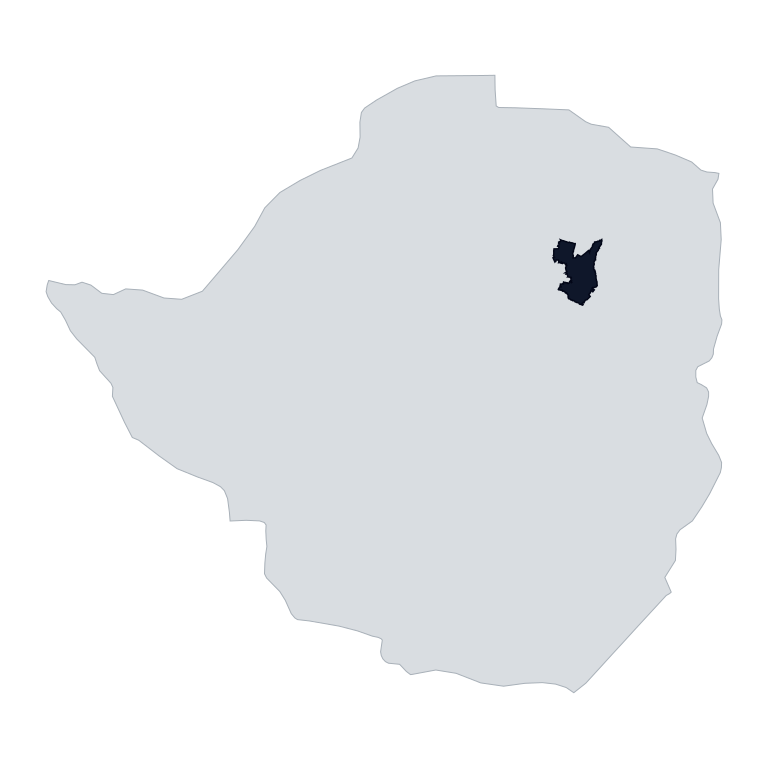 Goromonzi, Mashonaland East, Zimbabwe (highlighted)
{"feature_id": "62879985B13905566839040", "entity_name": "Goromonzi", "entity_type": "district", "adm_level": 2, "iso_a3": "ZWE", "parent_name": "Zimbabwe", "parent_adm1": "Mashonaland East", "projection": "albers", "projection_center": [31.401, -17.8], "detail": "fine", "context": "in_parent", "style": "filled", "palette": "ink", "viewbox_px": 768, "rotation_deg": 0, "n_neighbors": 0, "source": "geoboundaries", "source_scale": "gbopen_adm2", "svg_char_len": 7802}
<svg xmlns="http://www.w3.org/2000/svg" viewBox="0 0 768 768"><path d="M573.8,692.7L566.1,687.5L555.6,684.1L542.3,682.6L524.9,683.3L503.6,686.2L480.7,682.9L456.1,673.3L435.8,670.0L411.6,674.5L410.5,674.6L406.3,671.4L399.6,664.3L388.5,663.2L385.4,661.6L382.9,658.9L381.3,655.6L380.6,651.8L382.3,640.1L381.2,638.8L378.3,637.4L372.2,636.1L357.5,630.9L339.0,626.1L309.1,620.9L297.5,619.6L294.8,617.9L291.3,613.7L285.3,600.3L279.8,591.5L266.6,578.0L264.5,573.8L264.9,562.9L265.7,554.1L266.9,546.5L266.2,539.6L265.8,530.9L266.1,525.0L264.3,522.5L259.6,520.9L246.2,520.3L230.1,521.0L229.4,512.2L227.6,498.6L224.4,490.7L220.5,486.7L213.0,482.6L197.8,477.1L177.1,468.7L159.2,456.0L138.7,440.2L132.3,437.5L124.5,422.3L112.4,396.3L112.9,387.5L111.0,383.3L99.6,370.7L97.0,364.0L94.8,357.3L76.7,338.9L70.4,330.8L65.5,320.3L60.7,312.0L56.7,308.7L51.5,303.0L47.8,296.6L46.1,291.7L47.2,285.0L48.7,280.5L65.7,284.6L74.9,284.8L82.0,282.2L90.9,285.1L101.8,293.3L113.4,294.6L125.7,288.9L142.6,290.1L164.0,298.0L181.7,299.3L202.4,291.2L220.7,269.8L237.9,249.6L254.7,226.4L264.8,207.8L279.9,192.5L300.0,180.5L320.5,170.4L351.9,158.0L358.1,148.0L360.1,137.2L359.9,122.2L361.4,112.5L364.6,108.1L369.9,104.5L376.6,100.0L397.4,88.3L414.8,80.9L436.1,75.9L459.5,75.7L482.1,75.5L494.9,75.3L495.1,89.8L496.2,106.0L498.7,107.5L515.6,107.8L542.8,108.8L568.9,109.9L585.6,121.7L591.2,124.2L608.6,127.3L630.7,147.0L657.3,148.9L675.6,155.1L691.7,162.0L700.9,170.1L706.9,172.0L715.0,172.6L718.9,173.4L718.0,179.2L712.5,189.0L713.1,203.1L720.4,222.7L721.2,239.7L718.7,269.7L718.6,298.7L719.3,309.1L720.4,316.0L721.9,319.8L721.6,324.0L717.1,336.2L713.5,349.0L713.3,354.1L711.9,357.7L709.3,360.9L697.8,366.7L695.8,370.4L695.8,377.0L697.2,382.6L701.5,384.7L706.6,387.9L708.6,392.0L708.6,396.4L706.9,404.6L702.2,418.0L706.7,433.5L711.7,443.6L718.7,455.3L721.6,462.5L721.4,467.6L720.3,472.6L709.6,493.8L701.8,506.9L692.4,520.9L680.1,529.7L676.9,534.0L675.6,538.8L676.0,549.4L675.4,560.5L664.8,577.4L671.2,592.1L669.7,593.5L666.2,595.5L651.1,611.9L635.8,628.5L624.7,640.7L612.0,654.5L597.9,670.0L585.8,683.2L573.8,692.7Z" fill="#d9dde1" stroke="#a8b0b8" stroke-width="1"/><path d="M560.5,239.8L560.6,240.0L561.0,240.1L561.1,240.3L561.1,240.5L560.7,240.9L560.5,241.3L560.2,241.7L559.8,241.8L559.5,241.7L559.4,242.0L558.8,242.1L558.9,242.4L558.7,242.5L558.6,242.8L558.9,242.9L558.8,243.3L559.2,243.3L559.3,243.5L559.3,243.8L559.4,244.2L558.7,245.0L557.9,245.4L558.0,245.7L558.2,245.9L558.3,246.0L558.2,246.1L557.9,246.4L558.6,246.6L559.0,247.2L559.0,247.4L558.6,248.2L558.5,248.8L554.0,248.9L553.7,251.1L553.8,251.8L553.8,253.3L553.7,254.5L553.6,255.2L553.6,255.5L553.0,255.2L554.4,257.2L553.0,257.8L554.9,262.0L555.4,261.4L555.8,261.4L555.9,260.7L556.2,260.0L557.3,260.0L558.5,260.2L558.6,260.4L558.7,261.1L558.8,261.4L558.6,262.6L559.1,262.4L560.6,262.5L560.6,262.8L560.5,263.0L561.4,263.2L561.4,262.8L561.2,262.6L561.2,262.4L561.0,262.2L561.3,261.9L561.6,262.1L561.7,262.6L562.3,262.8L562.2,263.1L561.9,263.3L562.2,263.5L562.4,263.5L562.8,262.8L563.5,263.1L564.3,262.8L565.0,263.6L565.7,264.9L565.7,264.6L565.8,264.5L565.9,264.3L566.2,264.3L566.3,264.2L566.3,264.3L566.8,265.6L566.0,265.9L566.1,267.0L565.6,267.7L565.6,268.0L566.0,270.0L566.3,270.7L567.0,271.6L565.2,272.8L565.5,272.8L566.8,273.5L566.5,273.7L566.2,274.1L567.1,274.1L567.4,275.0L567.7,275.9L567.8,276.8L567.7,276.9L570.8,277.3L570.7,278.0L571.3,278.0L571.0,279.8L570.5,280.7L571.4,280.9L571.0,281.4L571.8,282.3L571.5,282.6L570.5,281.4L570.5,281.2L569.7,281.4L569.3,282.5L569.5,282.5L569.4,282.9L568.6,283.3L568.0,283.6L567.7,283.4L567.8,283.0L567.0,282.7L566.8,283.0L565.2,282.4L565.1,282.7L565.0,282.8L563.6,282.1L563.5,283.0L563.4,283.3L562.8,283.5L562.7,283.6L563.0,284.0L560.4,284.1L560.4,285.7L560.3,285.8L560.5,286.0L560.2,286.1L560.9,286.9L559.6,287.2L559.4,287.6L559.0,288.1L558.7,288.6L558.5,289.0L558.3,289.4L558.3,289.5L558.6,289.8L558.9,289.8L559.2,289.9L559.6,289.8L560.8,290.2L561.5,290.2L561.8,290.3L562.2,290.2L562.3,290.3L562.1,290.6L562.2,290.8L562.4,291.0L562.9,291.3L563.5,291.0L564.0,291.4L564.3,291.3L564.5,291.3L564.5,291.7L564.7,291.8L564.9,292.1L565.2,292.1L565.7,292.5L565.6,292.8L565.6,293.0L565.8,293.0L566.5,292.7L566.5,293.0L566.7,293.4L567.0,293.5L567.4,293.9L567.4,294.2L567.7,294.2L567.9,294.5L567.9,294.9L568.0,295.3L568.2,295.5L568.4,295.7L568.5,296.0L568.2,296.4L568.3,296.5L568.3,296.9L568.1,297.1L568.3,297.5L568.3,298.1L568.8,298.8L569.4,298.9L569.9,299.0L570.5,299.5L571.0,299.7L571.2,300.1L571.5,300.0L572.0,300.0L572.9,300.8L573.3,300.7L573.6,300.7L573.9,300.5L574.7,301.2L575.0,301.8L575.5,302.0L576.4,302.2L577.0,302.6L577.4,302.5L577.9,302.7L578.3,302.6L578.9,303.1L579.2,303.8L579.6,304.1L580.2,304.4L580.5,304.4L580.9,304.3L581.2,304.4L581.8,304.9L582.3,305.1L582.7,305.1L583.2,304.2L582.0,303.5L583.3,302.2L584.0,302.6L585.3,300.1L587.0,299.7L590.2,296.5L588.8,294.5L590.4,292.7L591.1,290.4L592.8,291.8L593.1,291.5L593.1,290.9L593.5,290.8L593.8,290.5L594.0,290.2L594.3,289.9L593.8,289.5L592.3,289.2L592.0,288.4L592.2,288.2L592.4,287.9L592.4,287.6L592.6,287.5L592.8,287.7L593.0,287.8L593.0,287.5L593.1,287.4L593.3,287.5L593.9,287.6L594.4,287.4L594.8,287.4L595.6,286.9L595.9,286.9L596.3,286.8L596.6,286.2L597.2,285.7L597.0,284.0L597.0,283.9L597.0,283.1L596.9,283.0L597.0,282.6L596.9,282.2L597.0,281.9L596.8,281.6L596.6,280.8L596.3,280.2L596.3,279.2L596.0,278.6L596.0,277.7L596.0,277.3L595.9,276.7L596.0,276.4L596.1,276.0L595.9,275.5L595.6,275.3L595.5,274.8L595.4,274.6L595.6,274.0L595.5,273.8L595.6,273.3L595.3,272.7L595.3,272.0L595.3,271.9L594.9,271.8L594.8,271.6L594.7,271.5L594.7,271.2L594.9,270.8L594.9,270.3L594.8,270.2L594.6,270.2L594.2,269.7L593.9,269.4L593.7,269.5L593.6,269.1L593.5,268.9L593.8,268.4L593.8,268.0L593.7,267.8L593.8,267.5L593.7,267.1L593.5,266.9L593.5,266.7L593.6,265.8L594.0,265.0L594.2,264.4L594.1,263.8L594.0,263.5L594.1,263.3L593.9,263.1L594.0,262.0L594.3,261.3L594.3,261.1L594.6,261.0L595.0,260.1L595.6,259.8L595.4,259.4L595.4,259.0L595.5,258.7L595.4,258.5L595.3,258.4L595.6,257.6L595.6,256.9L595.5,256.4L596.0,255.4L596.3,254.5L596.2,253.9L596.0,253.6L596.3,253.1L596.1,252.8L598.2,250.3L598.3,249.8L598.5,249.6L598.7,248.7L599.5,248.1L599.4,247.9L599.0,247.6L599.0,247.4L599.4,246.7L600.3,245.9L600.5,245.4L600.9,244.9L601.2,244.6L601.1,244.4L601.4,244.0L601.3,243.6L601.4,243.4L601.5,243.0L601.4,242.6L601.4,242.2L601.8,241.3L601.9,241.0L601.9,240.7L601.7,240.5L601.8,240.2L601.7,239.9L601.7,239.5L601.3,239.7L601.2,240.1L600.5,240.6L600.1,240.5L599.9,240.7L599.7,240.4L599.6,240.5L599.5,241.0L599.4,241.2L599.0,241.3L598.4,241.2L598.1,241.1L597.6,241.3L597.6,241.6L596.7,241.7L596.0,241.9L595.7,241.9L595.6,242.1L594.9,241.9L594.5,242.2L594.5,242.3L594.4,243.1L594.3,243.3L593.9,243.7L593.2,243.9L593.2,244.3L592.9,244.5L592.7,245.3L592.5,245.6L592.5,246.0L592.6,246.5L592.2,246.9L591.9,247.4L591.5,247.9L591.5,248.0L591.2,248.3L590.8,249.0L590.6,249.1L590.6,249.3L590.4,249.5L590.2,249.8L589.8,250.2L589.8,250.5L589.7,250.9L589.8,251.2L589.9,251.3L589.8,251.7L589.4,252.1L589.4,252.4L588.4,250.6L585.1,253.5L581.1,256.6L577.7,254.8L575.4,258.0L573.8,257.8L573.0,258.0L572.9,258.0L572.9,257.3L573.2,256.8L573.2,256.6L573.3,256.0L573.3,255.6L572.9,254.9L572.9,254.1L572.6,253.3L572.6,253.1L573.1,252.3L573.1,252.2L573.2,251.9L573.1,251.7L573.4,251.5L573.3,251.2L573.4,250.9L573.4,250.7L573.6,250.1L573.5,249.9L573.8,249.4L573.8,249.2L574.0,248.6L573.9,248.4L574.2,248.1L574.2,247.7L574.4,247.5L574.5,246.9L574.6,246.7L574.5,246.4L574.6,246.0L574.8,245.8L574.7,245.5L574.8,245.3L575.0,245.1L575.1,244.3L575.2,244.1L575.2,243.6L574.9,243.6L573.9,243.6L572.5,242.9L571.9,243.0L571.3,242.7L570.5,242.7L570.0,242.5L569.8,242.3L569.7,242.4L569.3,242.2L568.3,242.5L566.3,241.7L565.7,241.6L564.9,241.3L563.6,240.8L562.0,240.5L561.7,240.3L560.5,239.8Z" fill="#0f172a" stroke="#020617" stroke-width="1.5"/></svg>